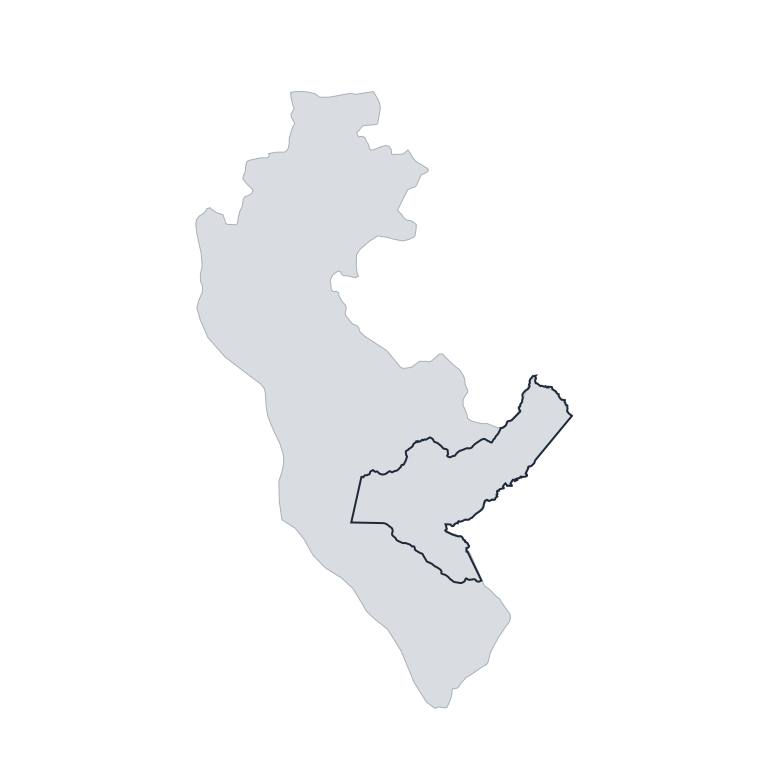 location of Sangha within Republic of the Congo, rotated 129°
{"feature_id": "COG-2880", "entity_name": "Sangha", "entity_type": "Region", "adm_level": 1, "iso_a3": "COG", "parent_name": "Republic of the Congo", "parent_adm1": "", "projection": "orthographic", "projection_center": [15.265, 1.384], "detail": "fine", "context": "in_parent", "style": "outline", "palette": "slate", "viewbox_px": 768, "rotation_deg": 129, "n_neighbors": 0, "source": "natural_earth", "source_scale": "10m", "svg_char_len": 9816}
<svg xmlns="http://www.w3.org/2000/svg" viewBox="0 0 768 768"><g transform="rotate(129 384 384)"><path d="M163.4,576.2L166.9,567.1L169.5,562.9L172.6,560.0L185.3,552.9L187.2,553.2L196.0,562.5L198.8,563.2L201.9,563.0L205.6,563.3L207.4,561.5L207.7,559.2L205.0,556.5L204.6,553.6L206.5,550.5L207.5,547.1L210.3,543.0L210.5,541.1L207.6,539.0L201.7,535.8L197.6,532.7L196.1,529.8L197.2,526.0L200.4,523.0L200.2,521.3L197.3,518.6L195.2,515.7L193.1,513.8L187.1,512.7L188.2,508.7L190.4,502.9L190.9,498.5L189.2,486.8L189.4,484.7L191.0,483.6L194.6,484.9L198.2,486.7L207.9,484.1L211.3,483.8L214.2,486.0L218.1,487.8L240.6,482.9L241.0,477.9L242.3,473.4L242.4,470.1L241.5,467.9L240.4,466.3L239.7,462.9L239.7,459.3L241.8,457.6L249.0,453.3L251.2,453.4L256.3,455.8L261.0,459.5L265.2,467.2L268.1,473.9L272.7,482.0L282.5,485.3L294.3,487.4L300.6,486.8L309.7,480.0L314.8,474.6L316.4,471.7L319.4,473.2L322.8,480.3L325.0,483.0L325.5,485.6L324.0,488.9L325.5,491.0L331.8,492.5L337.3,491.1L339.8,488.2L343.9,484.4L344.0,481.3L341.8,479.2L341.8,476.4L344.1,474.2L346.3,468.1L347.0,463.6L349.2,460.8L353.3,458.9L354.8,457.1L357.1,446.6L355.9,442.7L355.9,439.6L358.5,435.6L359.0,429.0L356.3,402.9L360.5,382.1L360.1,379.4L357.2,376.2L353.6,373.2L344.3,370.8L340.9,366.9L338.2,362.8L336.2,361.5L326.1,359.9L323.8,357.6L324.7,350.9L325.6,341.1L325.3,334.3L327.1,328.8L329.1,324.7L333.6,320.3L336.0,315.2L337.3,313.9L345.7,313.0L348.8,310.9L351.2,308.7L352.3,305.8L355.2,300.9L357.8,297.7L358.0,295.4L357.5,292.3L354.9,286.3L351.9,281.2L350.0,279.4L346.3,267.5L342.8,264.7L336.0,263.1L323.3,261.8L315.7,263.9L304.0,267.9L289.3,272.2L285.9,271.8L284.3,270.0L286.6,268.4L287.7,264.8L286.3,259.6L284.0,254.9L282.7,248.2L283.3,239.9L285.5,232.1L290.2,222.0L290.5,217.9L318.7,218.2L349.1,218.0L360.7,218.3L366.3,215.7L371.6,219.7L374.2,220.6L375.1,220.2L377.2,223.0L383.8,222.7L384.8,223.4L385.4,226.8L391.5,226.7L394.6,227.4L397.0,227.3L400.6,225.4L403.2,226.0L407.8,228.6L411.1,230.7L415.8,230.0L426.6,230.4L434.9,232.5L443.2,238.3L448.7,241.6L453.7,246.6L455.5,245.7L458.2,243.8L458.1,239.5L455.4,232.3L454.3,226.2L454.9,221.2L457.0,217.6L460.6,215.4L461.0,211.5L477.8,178.4L477.2,174.5L477.6,168.8L478.4,162.5L478.2,158.7L479.4,156.1L483.7,141.1L486.1,138.6L489.8,136.8L495.2,136.8L509.2,135.5L522.3,133.1L526.6,132.0L534.8,128.0L538.0,127.8L540.7,129.3L556.5,133.9L560.9,135.7L562.5,135.4L564.9,135.8L568.6,135.8L572.2,135.3L574.5,135.8L577.4,138.8L579.4,138.5L581.9,136.3L586.7,134.0L595.8,131.5L597.3,132.7L600.5,138.2L603.9,140.1L604.6,150.4L596.9,172.8L580.6,202.9L572.4,226.6L572.5,244.0L571.6,254.8L568.9,261.5L562.5,279.5L561.5,294.9L563.8,313.8L561.6,331.7L554.9,348.6L552.0,361.9L553.7,377.9L541.3,391.3L525.7,404.5L515.6,408.4L507.7,412.8L502.1,417.9L496.2,426.8L486.9,445.8L482.1,454.1L475.8,461.2L466.3,469.9L462.9,474.0L461.5,480.0L462.1,490.9L463.0,524.3L458.8,549.8L449.5,567.6L442.6,577.5L435.6,580.5L426.5,583.1L422.2,586.5L419.5,591.4L414.4,595.7L406.9,599.4L397.4,608.4L386.0,622.8L378.2,631.0L374.0,633.1L369.7,633.3L365.2,631.6L361.4,631.4L359.5,632.1L356.5,630.2L356.6,626.8L356.1,621.4L353.8,615.7L358.8,607.7L358.4,605.9L356.0,603.0L353.4,598.9L350.9,599.2L345.7,602.4L340.2,604.8L335.1,605.8L328.8,609.8L325.4,609.8L323.5,608.3L319.3,606.8L317.0,607.3L315.7,608.0L314.7,617.6L313.8,621.8L312.3,623.7L306.0,625.7L301.7,628.6L297.9,630.5L295.6,630.0L286.4,622.7L281.5,616.8L278.6,616.6L277.8,618.6L276.3,617.6L271.8,613.7L266.5,607.4L264.5,606.5L261.6,606.6L257.0,608.8L252.4,612.5L244.2,615.8L237.3,617.6L236.7,619.9L235.1,623.8L232.8,626.2L226.8,627.0L224.6,630.4L219.4,637.1L215.9,640.2L215.0,638.9L212.9,637.3L208.5,632.0L204.2,625.6L203.1,622.6L201.9,620.9L201.6,614.4L195.2,606.7L179.0,592.9L177.2,588.8L163.4,576.2Z" fill="#d9dde1" stroke="#a8b0b8" stroke-width="1"/><path d="M282.8,254.7L281.7,253.2L280.8,251.5L281.8,250.3L282.0,248.9L281.6,246.2L281.9,245.0L282.3,243.9L282.4,242.8L282.0,241.8L282.7,241.4L283.3,240.6L283.8,239.7L284.4,237.5L284.5,236.6L284.3,235.9L283.9,235.5L283.5,234.4L282.7,233.3L283.0,233.1L283.7,232.9L284.5,231.3L285.5,230.0L285.7,229.4L285.3,228.3L285.4,227.8L286.2,227.4L287.3,226.2L287.6,225.9L289.7,224.8L290.3,223.4L290.6,221.5L290.5,217.9L347.9,218.5L348.4,218.4L351.0,217.4L354.8,217.9L355.7,218.4L356.9,219.5L357.7,219.7L358.0,219.6L359.2,218.8L363.9,217.8L364.4,217.6L364.6,217.1L364.5,216.6L364.5,216.0L365.3,215.1L366.8,215.6L368.8,217.7L370.2,218.4L369.7,219.3L370.3,219.6L371.8,219.5L372.6,220.0L373.8,221.2L374.7,221.6L374.3,220.2L374.7,219.9L376.3,220.8L375.4,221.5L375.1,221.6L375.6,221.8L377.1,221.6L377.1,222.0L377.1,223.3L377.3,223.6L380.9,223.2L381.8,223.0L382.2,222.4L382.3,221.0L382.7,220.6L383.6,221.5L384.3,222.6L384.5,223.2L385.7,224.0L385.1,225.7L384.8,227.1L387.1,227.3L388.4,227.1L389.0,226.9L389.4,225.4L390.0,225.5L392.8,227.8L393.7,228.0L394.9,227.6L395.6,228.7L396.6,228.4L397.5,227.4L398.1,226.5L398.5,226.5L399.3,226.8L400.1,225.1L402.0,225.7L403.7,225.1L404.9,225.6L405.2,226.0L405.8,227.3L408.1,228.2L408.6,228.6L408.9,229.0L409.1,229.5L408.9,230.6L409.0,230.8L409.4,231.3L409.7,231.4L411.1,232.0L411.8,232.0L412.9,231.4L414.1,231.0L417.1,229.3L419.7,228.9L422.2,229.4L427.3,230.9L432.9,231.5L433.1,231.8L433.7,232.1L434.5,232.4L435.9,232.6L436.3,232.9L438.5,235.7L439.3,236.1L440.9,236.7L442.3,237.6L442.8,237.9L443.2,238.3L443.4,239.2L443.7,239.7L444.4,239.7L445.8,239.0L446.0,239.9L446.9,240.4L448.0,240.6L449.0,241.0L449.6,240.7L450.3,240.7L451.0,241.0L451.5,241.4L451.7,242.1L451.5,243.2L451.5,243.8L452.0,244.9L454.3,247.9L457.0,244.1L457.5,243.9L458.7,244.3L459.4,244.1L459.6,243.1L458.1,236.6L456.2,231.4L455.1,229.7L454.6,229.2L454.2,229.0L454.0,228.7L453.9,226.5L454.1,226.0L455.0,224.7L455.0,224.2L454.6,223.0L454.7,222.4L454.9,222.1L455.5,222.0L455.6,221.2L455.2,220.1L455.1,219.3L455.2,218.7L455.9,217.3L456.3,216.0L457.3,215.5L458.5,215.7L459.6,216.7L461.9,214.9L462.4,214.3L462.1,213.8L461.8,213.5L475.4,184.6L477.7,185.7L478.5,186.7L478.9,187.6L479.0,188.2L478.6,189.2L478.6,189.8L478.8,190.8L479.1,191.4L480.6,192.5L482.7,194.8L483.0,195.4L483.1,195.9L483.2,197.5L483.5,197.9L483.9,198.0L484.3,197.9L485.7,197.4L486.7,197.2L488.8,198.0L489.8,198.5L490.6,199.4L493.5,204.5L493.8,205.4L493.9,206.1L493.8,207.5L494.0,209.3L493.5,213.2L493.7,216.0L494.3,217.8L494.8,218.7L495.1,219.8L494.8,220.6L493.7,221.2L493.3,221.6L493.1,222.0L492.8,223.4L492.8,224.3L493.2,228.0L493.6,229.4L493.7,231.8L493.6,233.0L493.7,234.0L494.4,237.0L494.9,238.1L494.9,238.9L494.8,239.5L492.5,245.7L492.0,246.7L491.8,247.4L492.6,249.5L493.4,255.0L493.2,255.4L493.0,255.9L491.7,257.4L491.5,257.9L491.4,258.5L491.6,258.9L492.5,259.7L492.6,260.1L492.4,262.1L492.5,262.9L493.8,266.5L494.2,267.4L495.4,268.8L495.9,269.5L497.2,274.7L497.3,275.8L497.2,276.6L496.9,277.1L496.6,277.7L496.4,278.6L496.4,281.7L496.3,282.1L496.1,282.6L495.8,283.0L495.5,283.4L492.7,284.8L492.3,285.2L491.3,286.5L491.1,287.3L491.2,293.2L491.5,294.8L492.4,296.8L512.2,322.3L470.4,343.1L470.0,342.7L469.5,341.4L467.4,341.5L467.0,341.4L466.6,341.0L466.0,340.1L464.9,339.6L463.6,338.7L463.1,338.6L462.8,338.6L461.3,339.3L460.4,339.4L458.9,338.8L458.0,338.5L457.9,338.4L457.8,338.2L457.9,336.4L457.8,335.8L457.5,335.3L456.5,334.6L456.3,334.1L456.4,330.4L455.3,328.2L454.9,327.7L454.2,327.2L453.4,326.4L452.9,326.2L450.4,325.4L449.0,325.1L448.4,324.8L448.1,324.6L447.9,324.1L447.8,322.7L447.5,322.2L447.3,322.0L446.7,321.7L445.3,321.2L444.6,320.6L444.2,320.2L442.8,319.4L440.9,319.0L439.4,319.0L437.7,318.7L436.6,319.2L436.0,319.3L435.6,319.3L435.4,319.2L434.9,318.3L434.5,318.1L434.0,318.0L433.0,318.1L432.3,318.5L430.3,318.7L429.5,319.1L428.3,319.4L427.5,319.9L425.9,320.3L425.7,320.6L425.5,321.1L425.2,322.0L424.9,322.6L423.8,323.5L423.0,324.4L422.6,324.6L422.3,324.7L421.6,324.5L420.7,324.0L420.1,323.8L418.9,323.9L417.9,323.4L414.5,322.6L413.7,322.8L412.9,323.2L412.5,323.3L411.0,323.1L409.2,322.6L408.4,322.9L408.2,322.8L408.0,322.6L408.2,321.6L408.1,321.4L407.9,321.2L407.6,321.2L407.0,321.6L406.9,321.5L406.7,320.5L406.4,320.0L404.1,319.3L403.6,319.4L403.3,319.2L403.2,319.0L403.3,318.3L402.7,318.0L401.7,317.7L401.4,317.5L401.1,316.6L400.5,316.2L397.2,315.0L396.8,314.7L396.5,314.5L396.4,313.9L396.1,311.7L396.3,310.8L397.1,309.4L397.2,309.1L397.2,308.4L396.4,306.0L396.2,305.0L396.2,300.7L396.7,297.6L396.7,297.1L396.5,296.5L395.6,295.1L395.4,294.4L395.3,293.1L395.5,292.8L396.1,292.3L396.4,291.8L397.1,291.3L397.6,290.6L397.8,290.4L398.7,290.0L399.7,289.9L400.0,289.7L400.2,289.2L400.2,288.7L400.1,288.2L399.4,286.5L398.5,286.0L396.4,285.0L395.6,284.0L395.1,283.8L394.7,283.8L392.8,283.9L391.3,283.8L389.7,283.5L388.2,283.0L385.9,281.5L382.0,279.4L381.5,278.9L380.8,277.7L380.4,277.2L379.0,276.2L378.3,275.9L377.3,275.7L376.3,275.9L373.1,275.5L366.7,273.5L365.5,273.0L363.7,271.7L363.5,271.3L363.3,270.9L362.8,267.1L362.4,265.8L362.2,264.3L361.9,263.7L361.6,263.5L361.3,263.4L358.4,264.0L356.7,263.7L356.3,263.7L355.5,264.0L353.7,264.2L351.1,264.0L350.4,264.1L348.1,264.6L347.0,264.8L346.0,265.1L345.1,265.6L345.0,265.2L344.3,265.1L343.0,264.0L340.6,263.4L339.5,263.3L338.4,263.5L336.3,264.4L335.0,264.3L334.1,263.6L333.2,262.8L332.2,262.1L331.1,261.9L320.0,260.8L319.2,261.1L318.6,262.9L317.8,264.3L317.7,264.4L317.0,264.6L315.9,264.2L315.4,264.3L314.4,265.1L313.3,265.3L311.0,265.4L309.4,266.6L307.3,267.4L305.9,269.2L305.2,269.8L303.2,270.1L301.4,270.1L299.6,269.8L297.5,269.0L296.6,269.0L295.3,269.1L294.2,269.4L293.7,269.9L293.3,270.9L292.3,271.2L291.3,271.3L290.2,272.7L289.1,273.1L287.9,273.4L285.8,273.2L284.6,273.4L284.0,273.3L283.8,272.5L283.3,272.1L282.6,271.8L282.0,271.3L283.1,271.2L283.5,270.5L283.7,269.7L284.2,269.3L285.0,269.2L286.0,268.8L286.9,268.2L287.4,267.1L287.8,266.9L287.9,266.5L287.2,265.4L287.2,261.7L287.2,261.2L286.3,260.6L285.2,257.8L284.0,257.1L284.4,256.3L284.3,255.5L283.9,254.8L283.2,254.3L282.8,254.7Z" fill="none" stroke="#1e293b" stroke-width="2"/></g></svg>